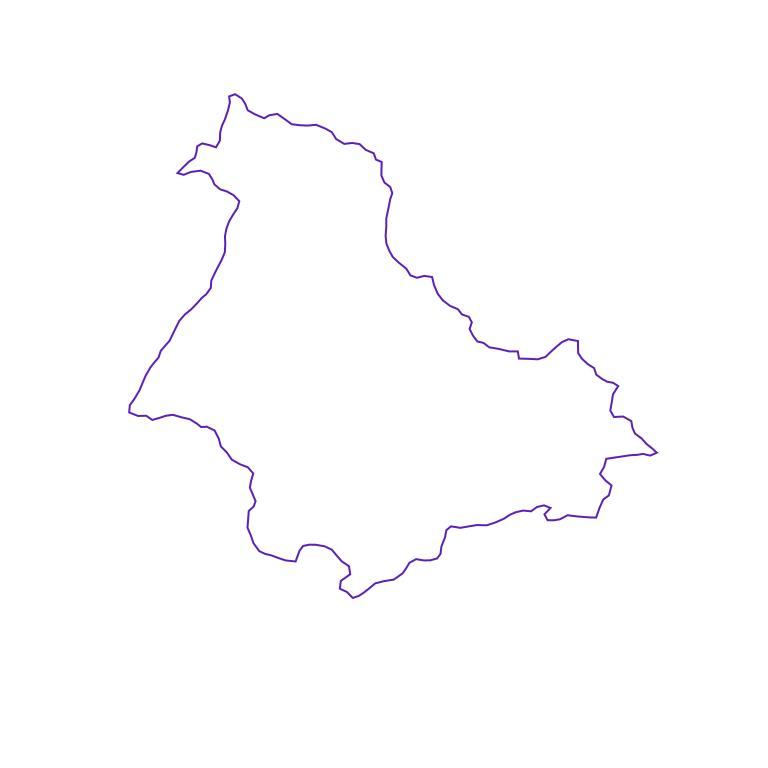 Itutinga, Minas Gerais, Brazil (orthographic projection), rotated 115°
{"feature_id": "56859067B50516220811290", "entity_name": "Itutinga", "entity_type": "district", "adm_level": 2, "iso_a3": "BRA", "parent_name": "Brazil", "parent_adm1": "Minas Gerais", "projection": "orthographic", "projection_center": [-44.715, -21.34], "detail": "fine", "context": "isolated", "style": "outline", "palette": "violet", "viewbox_px": 768, "rotation_deg": 115, "n_neighbors": 0, "source": "geoboundaries", "source_scale": "gbopen_adm2", "svg_char_len": 3154}
<svg xmlns="http://www.w3.org/2000/svg" viewBox="0 0 768 768"><g transform="rotate(115 384 384)"><path d="M582.2,389.1L571.0,390.1L565.0,388.9L561.2,383.8L558.6,378.1L556.2,369.2L556.2,361.3L559.5,354.3L562.5,347.6L564.0,338.7L570.7,334.2L580.7,339.9L588.2,337.5L588.2,329.6L591.1,321.9L586.5,317.1L581.4,314.0L575.6,311.1L568.4,307.7L562.6,300.6L557.2,292.5L547.5,287.0L541.3,286.0L535.3,285.4L529.2,280.9L527.0,273.3L524.3,267.6L519.6,262.1L514.0,261.0L507.0,263.3L497.2,263.9L490.1,265.7L484.7,263.1L482.1,254.0L476.8,246.4L472.6,240.2L468.6,231.1L462.9,225.0L455.6,218.5L449.4,214.7L444.7,210.6L439.9,204.4L437.2,196.9L430.9,193.4L426.3,187.6L426.0,180.7L434.3,183.5L438.3,178.2L435.7,172.4L432.2,167.3L425.4,162.2L422.1,152.1L418.3,142.0L415.4,135.3L405.3,136.3L396.0,136.5L389.9,133.1L379.8,134.9L377.8,142.6L374.3,150.2L366.3,149.5L357.9,150.9L353.2,143.9L348.2,136.3L344.4,130.6L341.2,124.5L337.9,119.8L336.4,112.5L331.0,107.7L329.0,114.0L327.5,120.5L324.5,127.6L322.8,135.7L318.6,140.4L313.1,144.2L312.4,153.5L316.7,161.6L312.4,167.7L305.0,169.7L296.5,172.1L286.9,170.8L286.1,177.0L287.6,182.6L287.3,188.6L285.8,195.6L280.8,200.3L279.9,207.6L277.6,214.9L274.0,221.0L268.4,223.8L263.1,226.3L265.5,235.8L270.8,240.4L276.7,243.2L283.5,246.1L291.2,249.1L296.7,255.2L300.3,264.1L303.9,272.4L297.9,276.5L301.6,284.4L303.7,294.9L306.3,304.1L304.7,311.1L306.0,317.4L302.6,323.7L298.0,329.7L291.1,330.4L287.3,335.4L288.0,342.8L285.0,348.5L285.3,357.1L283.3,366.2L279.4,373.6L273.2,380.5L266.7,385.6L269.0,393.2L273.8,399.0L274.4,405.9L270.0,412.6L267.9,421.5L265.2,429.7L261.1,435.4L255.8,441.1L248.9,445.2L240.4,448.4L233.0,451.9L223.0,454.2L213.8,456.5L207.6,457.1L202.9,461.5L201.2,468.8L196.1,474.5L189.6,477.4L183.8,479.9L184.0,486.2L179.3,490.7L179.5,499.5L176.9,507.5L179.0,514.7L183.2,521.5L182.2,531.0L177.8,537.7L177.3,545.2L177.8,555.1L182.2,562.7L184.9,569.3L187.6,577.3L185.9,585.9L184.3,594.8L188.8,601.4L193.8,604.9L194.1,615.1L193.5,623.2L188.8,628.1L185.3,633.5L184.3,641.4L188.8,645.9L194.1,642.6L202.2,641.0L211.6,640.0L218.6,640.0L225.2,638.8L232.8,635.6L240.5,636.3L241.2,642.9L242.8,650.5L247.6,653.7L253.7,651.8L259.1,651.1L264.6,654.6L271.4,657.2L280.1,660.3L279.1,654.0L273.3,648.5L268.2,640.4L267.6,631.5L271.0,626.2L274.8,622.0L276.8,614.7L275.9,607.6L276.5,600.1L279.5,592.4L286.5,591.2L294.8,592.4L301.9,593.1L309.6,592.5L317.3,590.6L324.0,587.1L332.0,583.9L340.3,583.6L347.0,583.9L353.8,584.2L363.3,584.2L370.1,581.6L377.7,583.0L383.4,585.7L389.2,587.3L397.9,590.3L405.0,593.8L413.3,596.2L424.7,596.5L435.4,596.6L441.8,598.5L448.4,600.3L455.5,599.5L461.6,601.3L467.6,602.7L476.8,603.5L484.6,603.3L492.9,602.9L502.7,603.9L510.7,605.4L517.5,602.9L516.9,593.4L513.3,586.1L514.5,578.8L509.8,573.4L505.0,568.3L501.2,562.4L499.7,553.1L498.0,545.2L498.9,537.3L500.3,531.6L497.6,526.5L497.7,517.9L503.4,510.6L509.5,505.5L512.5,497.4L516.9,490.0L517.6,480.6L517.0,472.2L520.4,464.6L527.6,463.6L534.6,461.8L539.7,456.1L544.4,450.9L550.0,450.3L556.3,452.9L563.6,450.1L571.9,447.0L577.6,440.6L583.4,435.1L588.2,426.3L588.2,419.9L587.0,414.0L586.4,406.9L585.5,398.7L582.2,389.1Z" fill="none" stroke="#5b21b6" stroke-width="2"/></g></svg>